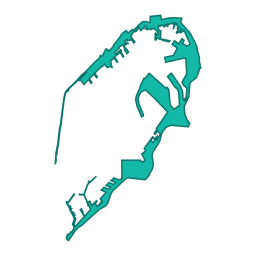 Port Alexandria Police Department, Al Iskandariyah, Egypt (Equal Earth projection)
{"feature_id": "37247803B3923529194747", "entity_name": "Port Alexandria Police Department", "entity_type": "district", "adm_level": 2, "iso_a3": "EGY", "parent_name": "Egypt", "parent_adm1": "Al Iskandariyah", "projection": "equal_earth", "projection_center": [29.857, 31.18], "detail": "fine", "context": "isolated", "style": "filled", "palette": "teal", "viewbox_px": 256, "rotation_deg": 0, "n_neighbors": 0, "source": "geoboundaries", "source_scale": "gbopen_adm2", "svg_char_len": 5682}
<svg xmlns="http://www.w3.org/2000/svg" viewBox="0 0 256 256"><path d="M200.7,68.2L199.1,59.9L199.6,58.0L197.5,51.2L196.9,46.9L194.3,41.0L189.6,32.2L189.2,32.4L188.8,31.5L180.7,22.5L181.8,18.2L174.2,17.7L171.2,17.9L169.7,18.6L169.5,17.9L161.5,19.6L160.7,15.4L150.2,16.4L150.2,22.7L145.4,21.5L142.6,21.8L138.5,25.1L137.7,26.0L137.9,26.4L133.0,30.5L132.3,29.5L128.0,33.1L126.2,30.5L122.5,33.3L120.7,35.4L121.0,35.7L113.5,45.2L113.5,45.9L111.1,49.0L110.3,49.4L110.1,50.3L108.8,51.0L108.4,50.2L106.0,48.8L102.1,56.2L100.2,55.5L99.7,56.9L99.9,57.2L99.2,58.3L94.8,62.1L85.4,71.9L81.6,75.0L76.7,80.6L66.6,90.4L65.1,92.9L64.0,97.6L60.5,124.2L59.4,129.2L57.7,144.3L56.0,153.0L55.3,163.2L55.9,162.5L55.7,161.7L56.1,160.9L56.2,159.0L55.9,158.6L56.2,155.4L56.8,154.5L57.1,150.7L58.4,144.2L59.8,130.9L61.0,125.0L64.0,100.5L65.4,93.5L66.8,90.9L67.4,91.5L68.5,90.4L68.1,89.8L73.0,84.7L74.5,83.8L84.5,73.2L86.2,71.7L86.7,72.4L78.9,80.3L79.1,80.6L80.6,80.1L83.9,84.4L88.5,79.8L91.2,83.3L91.9,82.5L89.2,78.9L93.9,74.2L96.7,77.7L97.5,76.8L94.7,73.4L101.0,67.0L101.8,66.9L104.5,64.1L107.1,67.5L110.6,66.6L112.6,67.8L111.8,66.9L110.6,61.0L112.6,59.3L112.4,59.0L113.9,57.7L116.9,62.2L117.6,61.7L114.6,57.0L120.1,52.3L123.0,57.0L123.7,56.5L120.7,51.8L121.6,51.1L120.7,49.7L115.7,54.0L114.6,52.1L119.1,48.2L118.7,47.6L122.0,45.0L122.6,45.0L125.1,48.9L124.3,49.6L126.9,53.7L128.6,52.0L126.2,48.4L125.7,48.7L123.5,45.3L124.3,44.5L124.8,44.8L124.8,43.8L125.6,44.2L125.3,43.1L125.9,43.1L127.0,44.7L126.3,43.2L127.9,43.2L128.6,44.0L128.0,43.0L125.4,42.9L124.5,41.1L126.5,39.9L127.0,41.0L127.4,40.8L127.1,39.9L127.4,39.7L127.8,40.6L129.5,40.0L129.9,40.4L131.1,39.3L133.9,42.9L134.9,42.0L130.8,36.7L132.9,32.8L135.2,30.7L135.8,31.6L137.6,30.0L137.1,29.1L138.8,27.5L140.8,30.6L144.3,27.4L145.7,29.5L144.4,27.4L144.4,26.1L144.9,25.5L146.4,25.9L146.9,29.5L150.8,28.9L151.1,30.3L150.9,29.0L152.6,29.0L153.0,28.4L154.2,28.7L157.6,31.6L158.3,33.3L158.1,35.2L156.4,35.2L156.5,33.4L155.6,33.0L155.2,33.4L155.1,39.6L155.4,40.1L156.3,39.7L156.3,37.8L157.9,37.9L158.2,38.7L162.5,39.9L162.8,40.4L169.1,41.8L169.8,40.8L160.5,38.9L160.8,30.9L159.2,30.4L158.7,29.8L158.3,25.7L159.6,25.4L159.7,26.0L160.6,25.9L160.5,25.2L161.0,25.1L161.2,25.7L163.7,25.3L164.0,26.9L164.6,26.8L164.4,25.2L165.9,24.9L166.1,25.8L167.1,25.6L166.9,24.1L167.2,24.0L167.7,26.3L167.9,26.2L167.8,23.9L169.2,24.3L169.1,23.9L171.8,23.4L173.3,22.9L173.4,22.4L174.1,22.4L173.6,22.5L173.0,24.0L173.6,24.3L174.0,23.3L174.6,23.4L173.3,28.6L173.6,28.7L175.1,23.3L176.1,23.5L176.3,23.1L176.8,23.4L176.2,24.9L179.4,27.0L178.6,28.4L177.5,27.7L177.3,28.2L178.3,28.9L176.4,32.8L176.9,33.2L179.7,31.3L181.3,28.9L181.9,29.4L179.8,32.3L180.4,32.8L184.2,30.7L190.1,43.9L187.3,46.2L184.0,44.3L182.5,43.3L184.1,40.3L181.9,38.6L178.9,43.9L174.5,40.7L172.3,44.5L177.3,48.1L173.4,55.5L164.8,57.3L165.7,62.3L183.7,58.2L185.8,58.5L186.7,73.9L182.1,82.1L183.4,85.1L186.9,88.2L186.1,97.7L187.0,99.1L186.8,99.6L185.4,98.2L186.7,99.8L186.4,100.4L185.0,98.6L184.9,98.7L186.0,100.0L186.1,100.8L184.7,98.9L186.0,101.0L185.2,101.3L183.1,99.5L182.5,91.3L180.5,86.3L171.3,73.1L167.5,76.5L175.2,87.5L177.1,88.6L178.7,92.3L179.5,105.3L174.0,109.3L170.2,104.9L168.8,89.7L167.4,87.7L166.6,87.3L166.0,88.3L149.2,73.3L144.9,78.7L144.1,78.2L140.5,85.1L140.1,87.3L136.2,96.3L135.7,99.8L136.8,105.4L141.4,116.5L141.7,116.8L143.2,116.1L143.5,115.0L138.9,103.7L138.2,97.7L140.7,92.3L145.5,89.8L154.5,98.3L167.7,112.0L156.4,128.5L157.0,129.1L154.2,133.5L155.2,134.3L157.4,131.0L160.5,133.9L156.8,140.0L155.7,139.0L157.2,136.9L157.2,136.2L154.8,138.8L152.7,136.8L152.0,137.7L152.5,138.1L152.9,137.7L155.1,139.7L153.1,142.5L150.9,140.4L151.9,138.9L151.4,138.5L144.2,148.6L145.9,150.9L141.7,154.0L145.0,160.1L142.9,162.6L143.4,161.8L143.2,161.5L141.6,162.1L140.5,160.2L121.8,160.2L121.9,176.4L121.6,179.0L118.5,179.8L113.9,177.9L111.0,180.6L115.7,182.5L113.6,184.5L109.1,182.5L106.1,185.4L110.7,187.3L108.8,189.2L104.2,187.3L101.2,190.1L105.8,192.0L106.0,192.5L100.3,198.8L101.4,200.9L101.3,199.8L102.1,200.7L102.3,202.2L101.4,202.2L101.7,202.8L101.1,203.1L100.8,202.5L100.5,202.7L101.0,203.7L100.3,204.1L99.9,203.5L100.1,204.2L99.8,204.7L99.5,204.2L97.4,206.3L96.8,206.4L95.2,203.3L97.0,201.3L96.5,200.7L91.8,205.6L89.5,200.5L89.6,201.1L87.6,202.3L84.1,194.6L87.7,184.5L96.4,176.3L89.6,182.3L88.9,181.2L88.5,181.5L89.4,182.6L87.5,184.4L83.9,194.5L79.3,194.3L79.3,194.8L84.0,194.9L87.3,202.2L87.0,202.4L87.9,203.4L87.5,203.6L87.7,204.1L88.1,203.8L88.4,204.7L88.2,205.3L88.6,205.1L90.6,209.6L84.6,216.2L82.6,212.3L82.9,212.0L81.4,208.8L80.2,209.6L84.3,216.5L75.2,226.6L74.1,224.2L75.7,218.9L73.8,215.8L74.9,215.1L74.7,214.8L73.7,215.6L73.2,214.6L74.2,213.9L73.8,213.5L73.9,213.9L73.1,214.4L72.6,213.4L73.7,212.7L73.5,212.4L72.5,213.1L70.6,209.3L71.7,208.5L71.5,208.3L70.5,209.0L70.0,208.0L70.8,207.2L69.9,207.8L69.3,206.9L70.5,206.2L70.3,205.8L69.2,206.6L67.6,203.6L74.5,194.4L74.1,194.0L67.5,203.2L67.1,202.0L66.5,201.7L66.3,202.6L69.4,208.0L70.0,209.9L70.2,209.7L71.5,213.1L71.8,213.1L74.4,218.5L73.4,222.0L72.5,224.0L74.1,227.0L73.5,229.0L71.9,232.2L70.9,231.7L70.1,233.2L67.0,234.9L67.5,235.9L67.2,236.7L66.2,237.3L67.2,239.4L68.5,240.6L75.3,230.6L78.1,227.7L81.9,225.2L99.4,209.4L105.5,206.0L107.2,204.1L107.9,202.7L110.9,193.9L112.6,191.0L125.4,179.1L127.6,177.7L144.5,179.7L145.5,179.6L146.7,178.3L149.6,174.7L149.0,173.8L151.4,170.9L152.7,167.9L153.2,164.9L153.1,162.4L152.1,155.9L152.9,151.9L158.7,143.1L160.1,140.0L161.7,133.6L164.2,129.4L165.8,127.7L167.2,126.7L171.1,125.3L188.2,126.8L189.8,123.4L187.3,120.1L185.1,115.2L184.3,109.5L184.3,106.2L188.9,96.4L189.8,84.0L191.2,81.6L195.3,78.6L196.7,77.0L198.5,72.4L199.8,67.9L200.7,68.2Z" fill="#14b8a6" stroke="#0f766e" stroke-width="1.5"/></svg>